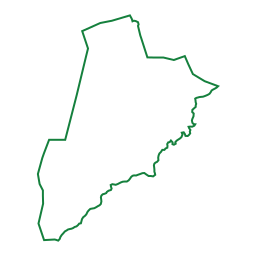 Juazeiro do Piauí, Piauí, Brazil (orthographic projection)
{"feature_id": "56859067B16787384500199", "entity_name": "Juazeiro do Piauí", "entity_type": "district", "adm_level": 2, "iso_a3": "BRA", "parent_name": "Brazil", "parent_adm1": "Piauí", "projection": "orthographic", "projection_center": [-41.546, -4.968], "detail": "fine", "context": "isolated", "style": "outline", "palette": "green", "viewbox_px": 256, "rotation_deg": 0, "n_neighbors": 0, "source": "geoboundaries", "source_scale": "gbopen_adm2", "svg_char_len": 2268}
<svg xmlns="http://www.w3.org/2000/svg" viewBox="0 0 256 256"><path d="M218.1,86.2L204.7,81.2L192.9,74.1L188.2,64.0L184.8,56.1L173.8,60.0L163.3,57.5L152.5,57.5L147.4,57.4L141.1,37.8L140.3,35.5L138.0,25.9L138.6,24.4L138.0,22.2L135.8,21.1L133.9,20.7L132.5,21.3L131.8,18.9L129.9,15.4L111.7,20.8L110.0,21.1L100.3,23.0L82.2,31.1L88.0,48.5L86.0,56.6L76.7,95.1L65.2,139.8L57.6,139.8L49.1,139.8L44.0,153.2L42.3,158.0L38.9,170.3L37.9,174.0L39.6,184.0L42.9,190.4L42.9,195.9L43.1,203.7L38.5,223.5L43.6,238.7L44.1,240.1L54.7,239.5L56.2,239.9L58.2,240.6L59.7,239.0L60.4,237.0L61.7,235.0L63.2,233.4L64.9,231.4L66.7,230.4L68.0,229.5L69.9,229.0L71.5,228.7L73.2,228.0L74.6,227.0L76.5,226.4L78.0,225.1L79.2,223.6L80.9,223.3L81.5,221.0L82.0,219.1L83.2,217.2L84.8,216.0L86.3,214.4L87.5,211.9L88.6,210.5L90.3,208.9L92.5,208.5L94.3,208.2L96.2,207.2L97.8,206.2L99.5,205.3L100.8,204.0L101.4,201.5L101.2,199.5L100.9,197.3L101.4,195.6L102.7,194.3L104.5,193.8L106.2,193.1L107.0,191.8L108.6,190.7L110.9,190.0L111.6,188.5L111.0,186.7L110.7,185.0L112.3,184.2L114.2,184.5L115.7,184.8L117.8,184.0L119.7,183.0L121.1,182.3L122.8,181.7L124.9,181.5L126.9,181.5L128.6,180.4L130.0,178.7L131.1,177.0L132.5,175.8L134.0,175.4L136.1,175.5L137.9,174.8L140.2,174.0L142.3,173.2L144.3,173.0L146.2,174.4L148.6,176.0L150.8,176.0L153.1,176.4L155.2,174.8L154.9,173.2L154.4,171.8L154.4,169.6L154.2,167.5L153.9,165.3L154.4,163.6L155.5,162.6L157.0,161.9L158.4,160.3L158.2,157.6L158.6,155.5L159.4,153.5L160.9,152.0L162.3,149.9L164.4,149.9L165.5,148.5L167.3,147.7L167.5,145.8L167.2,144.1L168.2,142.4L169.7,142.1L170.9,140.5L172.6,142.4L172.5,144.2L173.9,144.7L175.7,143.7L175.3,142.2L176.6,140.7L178.2,139.6L179.8,138.6L181.4,137.2L182.5,134.5L181.8,132.7L183.7,132.3L184.8,133.9L185.5,135.9L187.7,136.0L189.1,134.8L190.2,133.3L189.8,131.5L190.4,130.0L189.2,128.3L188.6,126.8L190.1,126.6L192.2,126.7L194.3,125.7L195.2,124.3L193.6,124.1L192.4,122.8L191.9,120.5L192.4,118.8L193.5,116.3L193.7,113.5L192.2,112.0L192.4,109.8L194.4,108.0L195.7,106.9L195.7,105.3L196.2,103.9L195.7,102.3L195.5,100.3L195.2,98.6L196.4,97.9L197.9,97.5L199.3,97.1L200.8,96.9L203.0,96.7L204.7,96.1L206.2,95.5L207.8,94.8L209.5,93.8L210.7,92.2L211.6,90.5L212.8,89.7L214.7,88.7L216.6,87.6L218.1,86.2Z" fill="none" stroke="#15803d" stroke-width="2"/></svg>